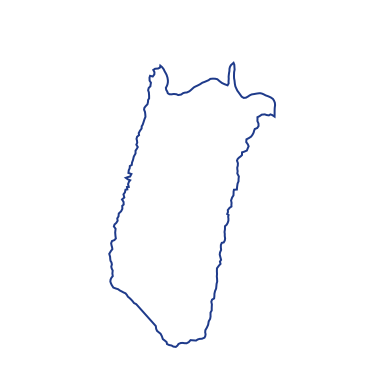 Ubaí, Minas Gerais, Brazil (Albers equal-area conic projection), rotated 138°
{"feature_id": "56859067B9810342339468", "entity_name": "Ubaí", "entity_type": "district", "adm_level": 2, "iso_a3": "BRA", "parent_name": "Brazil", "parent_adm1": "Minas Gerais", "projection": "albers", "projection_center": [-44.877, -16.365], "detail": "fine", "context": "isolated", "style": "outline", "palette": "blue", "viewbox_px": 384, "rotation_deg": 138, "n_neighbors": 0, "source": "geoboundaries", "source_scale": "gbopen_adm2", "svg_char_len": 4285}
<svg xmlns="http://www.w3.org/2000/svg" viewBox="0 0 384 384"><g transform="rotate(138 192 192)"><path d="M314.4,173.6L313.1,171.1L312.0,169.3L311.5,167.0L310.8,165.2L310.1,163.2L309.2,161.2L309.3,159.0L309.7,157.1L309.4,155.3L309.2,152.8L309.2,150.6L309.4,148.3L308.5,146.0L308.6,116.6L310.2,114.3L310.9,112.2L310.6,110.1L310.2,107.7L310.9,105.0L312.1,102.2L311.6,99.6L311.3,97.5L312.3,95.7L311.4,93.6L309.9,91.6L309.3,89.6L307.7,87.7L305.6,87.6L303.7,88.1L301.4,87.3L299.9,86.1L298.6,84.5L297.2,83.2L294.9,82.6L292.2,82.9L290.4,81.0L288.4,78.9L286.5,78.6L284.7,77.8L282.8,76.3L280.2,75.4L278.6,76.0L277.1,77.2L276.1,78.9L274.5,80.4L271.9,81.2L268.9,82.5L266.1,84.7L263.4,85.6L261.6,87.0L260.1,88.7L258.9,90.0L256.6,90.8L254.6,93.0L252.4,95.2L251.1,97.5L249.1,98.6L246.8,98.1L245.1,99.6L243.5,101.3L241.3,102.9L238.7,104.1L236.7,105.9L235.2,107.3L233.2,108.6L231.4,110.8L230.0,112.7L228.3,114.3L226.5,116.5L224.5,118.6L221.1,119.3L218.9,119.5L217.8,121.6L215.8,122.1L214.4,124.8L213.3,126.9L211.7,128.3L209.1,129.5L207.5,131.7L206.0,133.3L203.9,134.3L202.2,133.3L200.1,134.0L198.5,135.3L197.1,137.4L195.7,138.9L194.6,140.5L192.4,142.3L190.4,144.5L188.1,144.5L186.1,145.2L184.2,146.3L182.7,147.9L181.7,149.4L180.2,150.4L180.6,152.1L178.7,153.0L177.5,154.6L174.7,155.1L172.4,154.8L171.3,156.1L169.9,157.4L168.6,159.6L165.8,161.1L163.5,161.7L162.1,163.1L160.8,164.5L159.3,165.6L157.0,163.8L155.1,165.6L152.6,167.7L150.3,168.8L148.6,170.6L146.8,172.2L145.9,175.5L144.1,177.0L143.1,178.6L142.0,179.9L140.4,180.9L138.6,182.7L137.6,185.2L135.9,186.0L134.0,186.1L132.0,185.9L130.1,186.0L128.3,188.0L126.4,187.1L123.5,186.1L121.1,187.3L119.3,188.1L118.6,190.1L118.3,192.8L116.3,194.7L113.6,194.0L111.0,193.6L108.6,194.1L106.5,194.9L104.8,196.0L103.2,196.8L100.7,195.9L98.4,196.5L96.8,198.4L95.9,201.0L94.5,202.4L93.3,203.8L91.3,203.2L88.4,202.8L86.0,201.0L85.0,199.2L83.6,197.5L81.8,197.2L80.9,195.5L80.2,192.8L78.6,194.5L76.7,196.6L75.5,197.9L74.2,199.2L72.1,201.0L70.7,202.9L69.9,205.1L69.6,207.1L70.2,209.6L71.3,212.1L72.6,214.5L73.4,216.7L74.2,218.4L75.3,219.9L76.8,221.0L78.3,222.0L80.4,223.3L82.4,224.6L84.4,225.2L86.6,225.5L88.8,226.0L90.6,227.3L91.3,229.6L91.0,232.3L90.7,235.0L90.5,237.0L89.9,239.0L89.1,241.5L87.7,243.8L85.9,246.3L84.6,248.4L83.1,250.2L80.5,252.9L78.4,254.5L77.0,256.3L75.4,258.3L74.7,260.2L78.3,260.2L80.2,259.5L81.8,258.4L83.2,256.9L84.9,255.6L86.4,254.3L87.7,253.1L89.0,251.5L90.8,249.8L92.1,248.2L94.2,247.5L95.7,250.4L96.8,253.0L97.4,256.1L97.7,258.8L99.0,260.7L100.8,262.4L102.7,263.8L104.9,264.0L106.9,264.7L109.0,265.4L111.2,266.3L114.0,266.7L116.7,267.4L118.9,268.1L120.6,268.5L122.4,268.5L124.8,268.5L126.6,268.6L129.2,269.4L130.8,270.6L132.4,271.4L134.9,271.7L137.4,273.3L138.2,275.1L139.9,277.0L142.0,278.4L143.4,279.8L143.9,281.6L143.2,283.2L142.8,285.2L141.7,286.9L140.0,287.5L138.2,288.4L136.5,289.7L135.2,291.1L133.7,293.4L132.5,296.1L132.0,298.0L131.6,299.9L130.9,302.2L130.7,304.8L131.0,307.1L132.5,305.9L134.5,306.4L137.0,308.3L139.1,308.6L139.7,306.2L141.3,304.6L143.9,304.1L145.4,306.4L147.1,305.4L149.0,303.1L149.4,300.7L150.8,299.6L152.2,298.4L154.5,298.3L156.5,297.0L157.4,294.9L159.5,292.2L161.2,290.3L163.1,289.7L164.4,288.4L166.4,287.0L169.1,286.8L171.1,286.4L172.5,285.3L173.4,282.9L174.8,280.9L176.3,279.0L178.6,277.9L181.5,276.2L183.6,275.0L185.4,274.5L187.0,272.9L189.8,272.3L192.2,271.4L193.3,269.7L195.8,269.8L197.7,268.6L198.5,267.0L199.7,265.3L201.7,264.4L202.2,261.7L204.2,261.0L206.3,260.5L208.2,258.4L211.5,257.3L214.4,255.3L216.9,254.0L218.7,252.4L220.8,252.9L222.5,251.3L224.4,250.5L226.5,248.7L225.0,245.9L227.7,244.9L229.4,245.9L231.7,246.8L231.2,244.4L230.1,242.1L232.0,241.8L234.3,240.6L235.6,238.1L237.0,239.2L238.3,237.2L239.9,238.2L242.1,236.6L244.5,236.1L246.0,233.2L249.0,233.3L249.5,230.4L251.2,228.4L253.1,228.4L255.0,226.1L257.6,225.1L260.8,225.0L263.0,223.0L265.2,222.4L266.5,220.4L269.0,219.7L271.3,219.7L273.1,218.7L273.4,215.8L276.2,213.3L278.4,210.4L279.7,208.4L281.9,208.2L284.3,209.1L286.4,208.0L287.4,206.4L288.4,204.4L289.4,202.8L291.7,202.4L294.9,201.4L296.2,198.7L297.6,196.9L298.6,195.4L299.0,193.5L300.0,191.8L302.0,190.5L302.9,188.8L303.5,186.7L305.7,184.7L307.2,182.5L309.2,182.2L311.1,181.4L312.6,180.1L313.3,178.5L313.9,176.6L314.4,173.6Z" fill="none" stroke="#1e3a8a" stroke-width="2"/></g></svg>